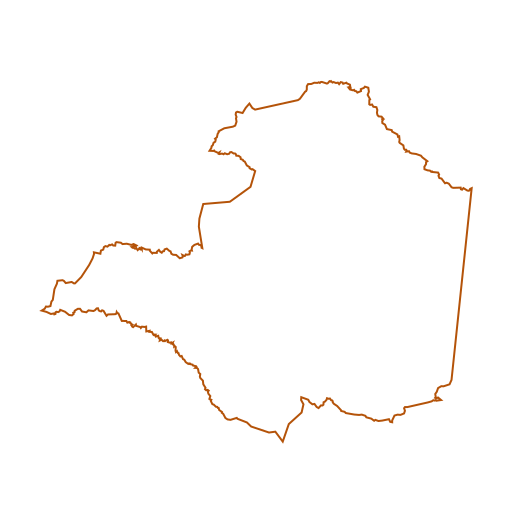 Gurue, Zambezia, Mozambique, rotated 96°
{"feature_id": "85939544B52550879093260", "entity_name": "Gurue", "entity_type": "district", "adm_level": 2, "iso_a3": "MOZ", "parent_name": "Mozambique", "parent_adm1": "Zambezia", "projection": "robinson", "projection_center": [36.983, -15.463], "detail": "fine", "context": "isolated", "style": "outline", "palette": "amber", "viewbox_px": 512, "rotation_deg": 96, "n_neighbors": 0, "source": "geoboundaries", "source_scale": "gbopen_adm2", "svg_char_len": 6043}
<svg xmlns="http://www.w3.org/2000/svg" viewBox="0 0 512 512"><g transform="rotate(96 256 256)"><path d="M407.1,103.2L405.4,103.4L400.2,101.6L399.0,98.7L398.9,95.7L397.1,92.3L394.4,91.7L391.9,92.8L390.7,92.1L390.4,89.6L383.7,69.9L382.2,66.1L380.9,64.6L381.1,63.3L380.6,62.5L381.1,61.6L379.9,56.9L377.7,60.2L378.7,61.6L378.3,63.0L377.5,62.5L374.5,63.3L372.1,62.0L368.3,61.1L366.1,58.1L366.0,55.9L363.4,50.1L358.8,48.6L166.0,48.6L166.9,50.1L168.6,50.7L168.9,51.4L168.8,52.7L166.8,56.8L168.5,58.0L168.2,59.2L166.6,59.6L167.6,67.0L167.2,68.7L163.9,71.8L163.2,74.1L163.9,75.6L159.6,79.6L159.3,81.8L157.1,82.9L155.9,82.4L154.0,83.6L154.0,89.8L153.5,90.0L153.8,90.8L152.9,91.9L152.9,94.2L152.1,97.5L149.7,97.9L146.8,96.5L144.9,96.7L143.8,95.5L140.5,100.9L139.0,102.4L137.8,107.5L137.7,111.8L137.1,113.9L135.8,114.8L136.5,117.5L135.4,117.1L134.6,117.8L134.8,119.1L133.8,120.1L130.6,121.0L128.5,124.9L127.6,125.5L125.7,125.3L122.0,126.1L122.6,127.2L120.3,128.1L118.1,133.6L116.6,134.2L116.1,139.1L111.9,141.4L110.6,144.2L108.7,144.6L107.7,144.1L106.8,144.8L106.3,143.6L104.3,145.7L104.3,148.7L103.0,150.0L100.8,150.7L98.1,150.6L95.4,151.8L95.3,154.9L93.2,156.4L93.8,158.3L93.3,159.2L89.0,159.6L88.3,158.9L84.1,161.8L80.8,160.9L76.9,161.9L76.2,165.4L77.6,166.3L79.1,169.2L81.0,168.8L82.9,172.3L81.7,173.4L81.6,174.8L80.5,175.8L81.1,176.7L80.6,179.9L80.1,180.4L80.1,179.6L79.2,179.4L78.4,181.3L77.8,179.9L75.8,180.5L74.8,183.7L74.2,184.2L75.6,187.3L74.5,188.0L74.2,189.9L76.4,191.3L75.0,192.7L75.6,194.5L74.9,197.0L75.5,198.1L74.2,199.7L74.8,200.3L74.5,201.2L76.7,202.7L77.1,203.5L76.0,208.7L76.2,209.7L77.2,210.6L76.7,211.7L77.4,212.9L77.6,216.2L79.1,218.9L79.6,222.2L81.8,223.2L85.2,222.9L86.8,223.4L87.4,224.3L95.1,228.8L96.6,230.6L110.5,272.2L109.2,275.1L105.1,278.5L109.7,281.7L115.2,284.3L114.5,289.7L115.4,290.9L117.5,291.0L119.8,289.9L121.1,290.3L124.5,289.4L128.5,290.3L129.8,292.5L132.3,300.9L135.9,306.2L136.8,306.0L138.5,306.9L142.0,307.3L143.7,309.0L144.5,308.2L146.6,308.5L147.7,310.0L150.4,310.6L151.5,311.6L153.2,311.7L156.2,313.2L156.0,309.5L155.5,308.7L156.1,308.3L157.5,304.2L156.8,303.3L158.3,303.8L158.5,303.2L157.7,300.4L158.2,298.9L157.1,297.8L157.8,295.3L157.1,293.4L155.5,292.6L155.2,291.3L156.4,289.0L156.2,287.6L156.8,286.7L158.3,286.1L158.2,283.8L159.4,281.7L161.2,281.3L161.7,279.2L162.8,278.4L163.3,277.0L166.9,274.6L168.3,271.7L169.4,271.5L170.4,269.2L170.0,268.5L171.6,265.7L187.8,268.7L204.8,287.7L209.8,313.9L224.7,316.2L232.8,315.9L253.8,310.2L253.5,311.0L251.9,311.2L250.9,312.7L250.8,314.0L249.7,314.9L251.4,318.4L253.5,320.4L256.3,320.7L257.3,320.3L257.3,321.3L258.3,322.7L259.6,322.1L261.3,322.4L261.9,324.4L261.8,326.0L263.2,326.5L263.5,327.2L262.7,329.3L263.9,328.7L265.1,329.0L266.2,331.6L263.3,335.5L263.4,338.6L262.6,340.4L260.3,341.5L260.0,342.7L258.0,345.5L259.0,347.6L260.8,348.0L261.2,349.4L262.6,350.1L261.9,351.6L260.1,353.2L262.1,355.0L263.3,355.0L263.6,358.8L264.3,359.4L261.9,362.1L260.8,362.3L261.0,366.3L259.6,370.5L261.2,370.3L260.4,370.9L260.2,372.4L261.4,372.1L261.1,373.2L262.5,374.3L260.6,375.9L261.4,377.0L260.5,378.9L260.7,379.7L260.1,380.5L259.9,379.6L258.9,378.9L258.9,376.6L258.1,375.8L256.9,379.0L258.0,381.1L257.3,385.8L258.1,390.0L256.9,391.8L256.8,396.2L257.5,397.0L260.4,397.1L260.5,399.1L259.5,400.3L260.6,402.3L260.3,403.1L262.2,404.7L261.9,406.8L263.1,408.2L265.6,408.6L266.8,410.8L270.0,411.0L269.3,417.6L270.9,417.3L275.5,418.3L282.4,421.0L295.2,427.6L302.1,433.1L302.3,434.1L301.1,436.6L302.8,442.4L300.8,444.5L300.3,445.9L301.4,450.9L304.3,451.1L310.1,453.0L320.9,453.5L322.7,454.7L327.3,455.2L328.2,457.7L328.2,459.6L330.5,460.6L332.7,463.4L333.5,458.5L335.1,453.9L334.2,450.9L335.1,450.5L334.6,449.4L332.8,449.3L332.3,448.6L332.5,446.9L331.6,445.6L330.0,445.1L331.4,440.1L334.2,435.7L334.3,432.8L332.7,431.3L331.5,431.8L330.8,430.6L329.4,430.6L327.1,427.6L326.9,425.5L329.4,423.2L329.7,418.8L327.6,416.9L327.7,411.9L326.7,410.4L324.8,409.0L324.5,407.7L326.6,406.7L327.2,405.3L327.3,404.2L326.1,403.4L326.5,401.9L331.1,398.4L329.6,397.1L328.6,390.0L328.0,388.9L326.3,388.7L327.1,388.1L327.5,386.8L334.6,382.7L334.2,378.1L335.7,377.0L334.9,375.3L335.1,374.4L335.6,374.5L336.0,373.1L335.6,372.9L337.4,372.9L337.4,372.1L337.9,372.5L339.1,371.8L339.6,370.8L336.7,368.3L338.0,367.9L338.8,363.6L339.6,363.0L338.2,362.1L338.2,359.3L337.7,357.9L342.5,357.2L341.5,354.0L342.6,354.1L342.4,351.6L344.8,350.0L344.7,347.9L345.5,348.5L345.6,347.6L346.6,347.2L345.6,344.9L347.7,344.2L347.9,342.6L348.6,343.1L348.9,342.6L350.1,342.8L349.1,341.2L350.4,339.6L350.2,337.9L349.5,337.9L349.7,337.0L348.6,335.3L349.1,334.7L350.8,334.7L351.2,332.7L350.8,331.4L351.8,331.1L350.9,329.8L351.7,330.1L351.6,329.4L352.2,329.0L352.3,329.8L353.5,328.0L354.6,327.9L354.1,327.4L354.9,326.3L358.7,326.1L358.9,325.4L359.7,325.4L359.4,325.0L360.0,324.3L359.6,324.2L360.6,323.6L360.7,322.9L362.3,322.3L363.8,320.7L363.2,319.5L366.2,317.8L366.6,316.5L368.9,314.8L370.4,312.1L369.8,311.4L369.9,310.4L370.4,310.4L370.7,307.7L371.5,307.2L371.9,304.0L372.3,303.7L373.6,304.7L373.5,303.0L374.5,301.8L378.0,300.8L379.2,299.1L381.9,299.2L383.2,298.6L385.5,295.8L389.1,295.0L392.4,292.4L393.8,292.8L394.7,291.6L394.2,290.1L394.9,289.0L395.9,289.7L397.9,289.0L400.1,286.8L403.0,287.4L403.7,285.4L404.7,285.9L407.9,283.9L408.2,282.5L410.1,280.1L410.1,278.8L411.1,278.0L411.0,277.3L413.0,276.5L414.7,273.5L415.5,273.6L416.4,272.1L420.3,269.5L421.5,267.2L421.6,264.2L419.0,258.2L419.8,257.5L422.5,247.6L426.1,243.0L430.2,224.6L428.7,218.4L437.8,210.0L419.7,205.8L406.9,194.3L398.5,193.3L394.5,196.1L391.7,196.2L393.5,189.0L395.6,187.6L397.6,184.4L397.0,182.4L399.8,179.9L400.7,177.9L397.8,175.8L397.7,174.2L396.8,173.4L394.4,173.5L393.6,172.2L391.6,170.8L390.0,170.5L390.4,168.8L390.0,167.6L391.6,166.2L391.6,165.3L392.4,164.5L393.5,164.4L394.8,163.2L396.7,159.6L400.5,155.3L401.2,155.1L401.7,151.6L402.8,150.3L403.4,141.7L403.3,136.9L402.7,134.2L403.5,130.5L404.9,129.4L405.7,124.3L407.5,121.3L406.5,120.2L407.3,117.0L406.5,113.3L404.4,106.7L406.9,105.2L407.1,103.2Z" fill="none" stroke="#b45309" stroke-width="2"/></g></svg>